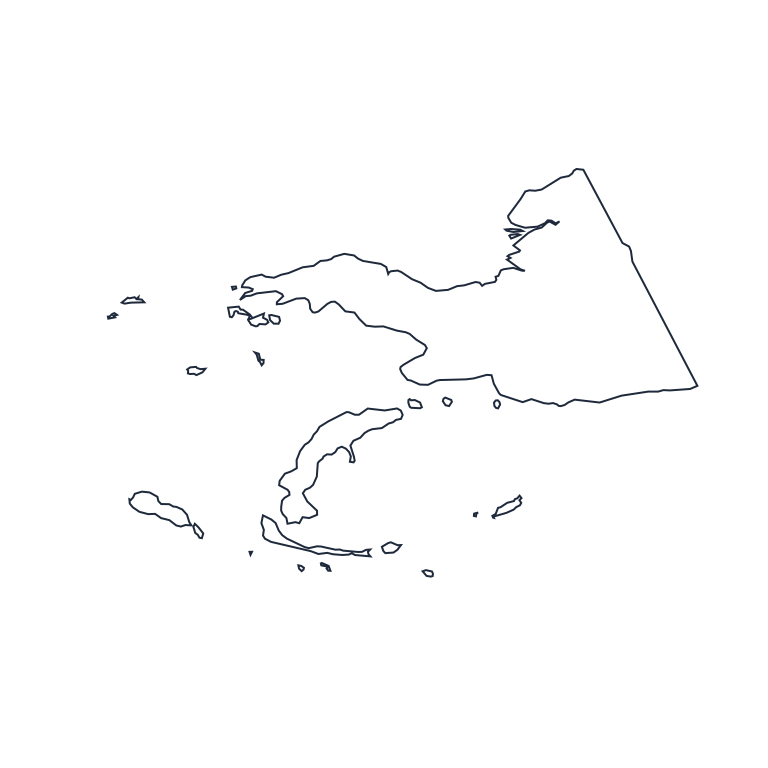 the border of Papua New Guinea, rotated 153°
{"feature_id": "PNG", "entity_name": "Papua New Guinea", "entity_type": "country or territory", "adm_level": 0, "iso_a3": "PNG", "parent_name": "Oceania", "parent_adm1": "", "projection": "orthographic", "projection_center": [148.76, -6.492], "detail": "fine", "context": "isolated", "style": "outline", "palette": "slate", "viewbox_px": 768, "rotation_deg": 153, "n_neighbors": 0, "source": "natural_earth", "source_scale": "50m", "svg_char_len": 6191}
<svg xmlns="http://www.w3.org/2000/svg" viewBox="0 0 768 768"><g transform="rotate(153 384 384)"><path d="M109.1,484.4L107.5,401.3L103.2,395.2L103.6,390.4L107.1,380.3L105.6,240.1L113.5,240.6L132.2,248.5L137.8,251.7L143.3,252.8L151.8,257.2L177.7,265.8L200.3,269.6L221.2,283.5L228.0,283.9L232.7,283.3L236.6,284.1L238.3,285.2L239.2,287.4L242.1,290.3L246.3,291.7L250.3,294.4L259.5,303.6L268.7,304.9L284.9,321.2L285.7,323.7L286.0,334.5L284.2,343.0L288.3,345.5L301.4,348.2L308.8,350.9L332.5,362.2L335.7,363.1L345.2,363.3L352.4,367.3L358.5,374.9L361.2,377.0L363.1,385.8L362.8,390.0L361.5,391.6L357.7,392.3L344.5,393.1L335.7,392.3L329.6,396.5L329.8,400.1L335.2,409.0L338.4,417.0L341.1,420.2L348.5,425.9L358.4,435.6L366.3,439.3L373.4,444.1L376.4,453.0L377.9,461.1L385.5,466.3L388.2,475.5L390.4,479.7L393.9,481.2L398.1,481.1L409.5,478.4L413.2,479.0L415.0,480.4L415.6,484.6L413.8,488.9L413.4,493.0L415.6,496.5L423.4,499.9L437.9,501.5L443.3,503.7L442.3,505.5L434.0,508.0L434.1,510.4L438.2,515.8L456.2,522.5L462.7,523.2L467.4,525.1L474.2,524.3L466.3,528.1L459.2,526.9L457.9,528.1L460.8,531.4L466.6,534.8L465.5,536.3L460.5,539.3L454.5,539.9L443.3,537.0L440.8,533.4L433.7,528.6L425.9,528.0L418.8,526.2L403.5,524.9L393.0,521.2L384.8,522.5L378.8,520.1L374.4,519.3L370.7,520.1L360.3,518.0L352.3,512.1L350.2,507.5L346.9,503.2L332.3,492.4L328.9,487.2L330.3,480.1L328.4,481.3L326.3,481.2L320.4,478.9L317.9,476.1L311.4,464.6L305.4,457.6L301.2,449.7L295.5,443.4L284.2,438.8L274.5,438.0L267.8,435.5L256.1,433.3L252.8,430.8L252.0,426.9L248.6,427.4L238.8,424.6L236.6,425.8L235.9,428.9L233.0,428.4L228.3,432.2L225.2,431.9L216.1,428.8L209.6,422.3L207.0,420.9L210.3,424.2L217.9,439.0L214.1,438.9L215.9,441.8L213.9,442.2L203.4,440.6L202.2,441.3L205.8,448.7L186.7,453.1L179.7,453.3L172.4,451.8L165.6,453.7L162.7,453.6L158.9,448.0L153.8,449.2L158.1,449.2L160.6,453.5L163.8,455.5L167.5,454.2L175.7,454.5L187.4,459.2L194.7,466.1L197.4,469.9L197.8,475.4L197.1,477.4L178.5,486.7L170.7,491.4L166.6,490.6L161.4,487.5L155.2,485.7L132.9,487.6L124.9,485.4L120.8,486.1L118.0,487.9L114.9,488.2L109.1,484.4ZM511.5,298.5L517.0,302.3L522.7,298.4L525.6,301.1L533.4,303.3L531.8,308.9L533.3,314.1L533.1,317.9L531.3,321.3L527.8,326.3L524.4,327.7L518.6,328.1L517.5,330.7L517.9,333.5L523.4,341.4L520.9,345.1L513.0,349.1L506.6,348.3L499.9,348.6L496.4,355.9L489.2,362.3L482.2,365.8L477.6,366.3L473.5,367.9L469.6,370.8L465.2,372.3L460.9,375.1L450.4,376.0L430.3,376.0L428.2,374.9L423.9,369.8L420.2,368.0L409.6,369.5L395.4,360.1L383.5,356.3L381.1,352.7L381.4,348.0L384.7,345.2L389.6,346.6L393.4,345.8L397.8,346.7L405.9,345.7L415.1,349.1L419.3,349.5L423.7,349.1L429.5,346.9L437.0,347.3L441.9,344.4L443.8,332.8L445.0,328.9L446.7,328.0L449.7,330.2L446.4,334.6L446.0,339.2L447.3,343.7L450.1,347.3L454.5,347.7L458.4,345.4L462.7,344.9L466.7,347.2L470.8,346.8L472.6,345.4L477.0,344.5L478.9,343.6L485.9,332.0L493.0,326.3L497.2,325.2L502.2,325.5L505.9,323.5L505.7,314.2L501.2,301.5L503.0,297.8L511.5,298.5ZM664.8,392.8L663.2,396.9L662.3,395.6L659.1,396.8L655.9,399.3L648.6,398.0L642.1,393.8L637.1,386.4L638.2,382.1L637.0,378.2L629.9,374.4L627.4,370.5L624.8,368.8L620.7,363.8L618.9,356.9L620.2,349.3L619.8,345.5L625.0,348.5L629.7,349.2L633.3,352.3L637.1,360.2L643.5,365.7L646.9,372.2L653.2,375.1L660.0,381.2L663.8,388.2L664.8,392.8ZM556.4,315.7L551.5,321.9L545.9,314.4L543.7,309.3L544.3,301.1L543.3,295.5L540.7,290.3L528.8,274.8L525.6,271.9L517.4,269.8L513.9,267.8L502.6,258.5L498.4,256.5L496.1,254.1L483.5,246.2L479.8,244.4L475.3,244.4L471.5,242.8L474.5,241.8L475.1,239.3L474.4,236.6L487.5,244.8L489.5,247.8L492.8,248.0L498.8,250.6L506.8,255.5L511.2,259.3L519.6,262.3L525.1,268.3L556.3,294.6L560.3,300.2L560.6,303.9L557.3,308.5L556.4,315.7ZM333.4,213.6L345.9,216.0L346.7,216.0L346.8,214.8L347.5,215.5L347.3,217.3L343.5,217.5L338.6,221.9L336.2,221.3L328.1,222.2L321.4,220.7L319.6,222.0L317.2,221.6L313.9,223.0L313.3,219.9L316.1,219.0L315.7,215.8L318.0,214.2L321.9,214.3L325.5,213.2L333.4,213.6ZM462.5,490.9L467.7,494.0L470.5,493.1L472.1,493.6L475.4,497.2L476.0,503.0L474.1,504.3L474.3,502.8L472.8,502.5L459.0,501.3L461.7,498.0L459.0,494.2L459.1,491.4L462.5,490.9ZM459.8,239.9L452.4,240.4L449.7,239.8L445.1,234.2L442.0,232.8L447.3,230.2L452.0,229.5L459.6,232.7L460.4,235.4L459.8,239.9ZM482.8,516.2L484.4,516.3L487.0,513.5L489.3,512.6L490.8,513.9L488.3,522.8L478.3,518.9L478.0,515.4L476.0,514.3L472.1,507.0L471.6,504.5L474.7,508.0L481.7,513.2L481.4,514.8L482.8,516.2ZM540.5,476.8L547.1,477.1L548.6,479.3L552.4,481.0L553.9,482.5L552.5,484.7L552.8,486.3L549.1,486.8L543.7,484.6L543.3,483.1L540.7,480.5L536.2,478.7L540.5,476.8ZM572.6,571.4L578.7,573.4L580.7,575.6L573.1,577.2L571.9,575.9L566.8,574.5L566.0,572.1L563.4,572.9L564.7,571.2L561.5,569.2L560.5,565.6L572.6,571.4ZM369.5,358.6L368.0,358.9L367.3,357.2L363.8,355.7L360.3,351.1L360.8,346.1L362.8,346.0L370.6,350.5L371.4,352.0L370.8,356.3L369.5,358.6ZM456.5,492.7L455.1,497.3L453.0,496.6L447.0,491.4L447.9,487.6L450.6,485.6L454.8,487.8L456.5,492.7ZM618.7,343.2L616.0,345.3L614.4,340.6L612.9,332.9L616.3,329.3L618.2,330.8L618.4,334.2L619.8,337.0L618.7,343.2ZM337.7,343.8L335.6,344.1L331.3,339.2L331.6,337.3L336.0,334.8L338.8,337.1L339.4,341.9L337.7,343.8ZM433.2,193.7L434.6,199.6L431.1,199.1L426.4,195.2L426.5,192.8L427.8,190.8L429.7,191.1L433.2,193.7ZM294.4,317.5L291.9,318.6L290.0,317.8L289.3,315.3L289.9,313.0L293.4,310.5L295.0,311.8L295.6,314.3L294.4,317.5ZM484.1,468.0L484.7,470.7L481.8,467.8L483.2,461.8L480.3,460.1L481.9,457.3L484.5,456.2L484.5,460.0L485.3,461.8L484.1,468.0ZM205.2,465.0L205.8,466.6L200.4,464.4L192.6,459.7L190.9,457.3L199.7,460.7L205.2,465.0ZM205.0,459.3L203.3,459.4L196.8,456.9L195.1,455.1L204.7,455.9L205.0,459.3ZM600.0,567.4L599.4,569.4L598.1,568.7L594.1,569.8L592.0,569.5L590.5,566.8L594.0,567.5L593.4,565.5L600.0,567.4ZM543.5,258.0L542.6,261.3L540.3,259.4L538.8,256.6L539.8,255.3L542.3,254.6L543.5,258.0ZM522.2,250.9L521.7,252.8L520.6,252.7L516.7,248.0L517.5,247.1L522.2,250.9ZM475.9,536.7L475.4,539.6L471.7,538.1L472.2,536.2L475.9,536.7ZM518.9,245.7L516.0,246.5L516.5,241.9L518.5,243.0L518.9,245.7ZM363.8,225.6L362.6,227.6L358.5,226.8L360.5,226.5L362.2,224.3L363.8,225.6ZM580.5,292.4L580.0,295.5L577.8,294.4L580.5,292.4Z" fill="none" stroke="#1e293b" stroke-width="2"/></g></svg>